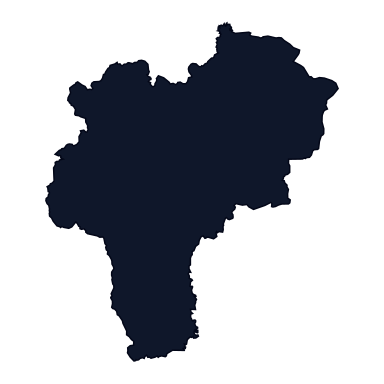 Saba Yoi, Songkhla, Thailand
{"feature_id": "78962969B77762889714040", "entity_name": "Saba Yoi", "entity_type": "district", "adm_level": 2, "iso_a3": "THA", "parent_name": "Thailand", "parent_adm1": "Songkhla", "projection": "albers", "projection_center": [100.916, 6.501], "detail": "fine", "context": "isolated", "style": "filled", "palette": "ink", "viewbox_px": 384, "rotation_deg": 0, "n_neighbors": 0, "source": "geoboundaries", "source_scale": "gbopen_adm2", "svg_char_len": 5848}
<svg xmlns="http://www.w3.org/2000/svg" viewBox="0 0 384 384"><path d="M281.9,204.0L288.5,203.9L289.8,202.8L290.2,199.9L287.7,198.1L287.6,193.7L288.4,189.4L286.9,186.9L287.0,185.1L284.8,182.9L284.2,180.7L282.3,180.3L283.3,178.6L283.6,176.7L284.6,176.2L285.1,175.0L287.6,174.3L289.7,172.4L289.7,165.8L288.5,163.5L288.6,159.2L302.4,159.0L304.3,158.1L305.4,158.5L306.6,157.6L309.5,157.3L311.4,155.0L312.6,151.0L314.1,149.7L317.6,149.4L318.6,148.6L319.4,141.5L321.2,135.9L323.0,134.7L323.7,133.6L323.8,128.8L322.0,122.0L322.1,116.9L322.3,115.0L323.6,111.4L324.9,110.1L327.4,109.0L325.6,105.0L326.5,103.1L326.6,100.6L327.2,99.6L332.8,95.2L338.1,88.6L335.8,83.2L331.8,80.6L324.4,78.1L319.4,77.6L315.6,78.8L313.3,78.8L311.1,76.7L309.2,76.9L303.5,67.5L300.7,65.5L293.2,61.5L298.1,54.8L299.0,53.2L299.6,50.1L293.3,47.6L289.8,44.2L284.1,40.5L281.4,37.9L278.9,37.6L276.0,38.0L267.9,36.1L263.1,36.8L263.2,37.4L260.4,38.0L258.4,37.1L251.5,36.1L249.6,34.9L250.7,33.1L248.9,32.2L235.2,33.4L231.6,31.7L231.5,31.0L232.4,30.6L231.5,29.2L230.4,29.1L230.6,30.2L230.1,30.3L229.6,29.0L231.4,27.9L231.4,27.4L229.9,25.6L229.8,24.4L228.2,24.3L226.9,25.0L226.9,23.0L226.3,23.4L225.7,26.1L225.0,25.8L224.2,23.7L222.8,25.9L221.1,25.1L220.4,25.9L219.2,25.7L219.6,27.3L218.7,26.6L218.3,26.9L218.0,29.4L218.6,30.1L219.5,30.1L217.9,30.8L219.5,31.2L219.9,32.5L219.5,33.3L220.5,33.4L220.9,34.3L220.2,35.3L220.4,36.4L219.3,37.4L217.6,37.5L216.3,38.6L216.6,39.4L217.6,39.9L217.1,41.1L217.4,41.9L216.4,42.4L217.3,44.2L216.1,47.1L217.2,48.2L216.8,49.2L217.2,51.8L218.4,52.9L214.6,54.9L213.8,57.4L212.1,58.3L211.5,58.1L207.8,61.6L207.5,62.9L205.0,63.9L203.0,66.1L201.7,65.7L201.0,66.7L198.9,66.6L196.1,63.9L192.7,63.5L191.1,64.2L188.8,67.1L188.4,69.0L189.0,71.9L191.5,75.3L191.7,77.0L188.6,77.7L187.6,81.6L185.8,83.8L182.8,83.7L180.2,82.1L177.7,82.5L177.4,83.5L175.6,84.6L173.1,83.4L170.2,84.0L169.1,82.2L163.7,77.8L158.4,75.8L156.4,78.6L156.8,79.5L156.5,81.3L155.1,83.5L154.8,85.9L153.1,86.7L152.2,86.5L150.2,84.2L150.6,82.7L148.4,81.6L149.4,80.0L150.9,79.5L151.0,78.3L150.1,77.8L150.0,77.1L148.3,76.6L147.0,74.8L148.2,74.3L149.2,71.7L148.5,70.1L147.9,64.3L144.8,61.2L141.6,60.3L138.6,60.7L137.4,62.3L134.4,62.5L132.8,63.7L128.8,62.7L127.7,62.9L126.5,64.1L124.2,64.2L122.3,65.8L121.5,65.7L120.0,63.9L117.7,64.2L117.1,62.4L114.8,64.0L110.1,65.4L109.5,67.6L108.0,68.4L105.7,71.9L104.6,74.5L103.5,74.5L102.5,78.3L101.0,80.6L99.3,81.5L93.8,81.8L91.9,83.2L91.1,85.7L92.9,88.4L91.6,89.7L89.9,89.2L87.3,89.8L85.1,86.5L82.0,85.0L77.7,81.9L76.0,82.8L75.0,84.6L73.9,84.9L69.9,87.9L69.7,88.9L70.6,92.9L68.1,97.7L67.8,100.4L69.1,101.5L69.5,102.8L70.9,103.6L71.2,105.1L73.4,106.1L75.5,109.5L74.7,114.0L75.4,115.2L79.2,115.8L80.5,116.7L85.6,118.4L85.8,122.1L87.7,125.6L87.5,127.9L88.3,129.1L86.8,132.2L85.7,132.0L83.8,130.2L80.5,130.8L81.2,132.8L79.0,136.6L79.2,141.7L76.8,144.5L73.9,145.8L73.0,145.6L72.2,144.4L69.5,144.0L67.9,144.3L66.4,145.2L64.3,148.3L61.8,148.7L60.8,149.9L59.4,150.3L55.1,154.3L58.6,155.8L60.2,155.6L60.8,156.1L60.8,157.9L63.1,159.1L59.5,160.0L59.0,161.4L56.8,161.4L55.2,162.4L55.4,164.9L53.6,167.9L54.1,180.9L52.4,183.0L50.4,183.8L49.8,185.2L47.1,186.7L47.8,188.0L48.2,191.6L49.3,192.1L49.5,193.0L48.3,195.1L48.4,196.6L46.2,198.5L45.9,200.7L47.1,203.6L48.8,205.3L49.5,208.8L49.3,210.9L49.8,212.0L49.3,213.2L49.6,216.1L51.6,217.9L53.2,221.2L57.0,225.9L59.8,226.7L60.6,227.5L61.8,226.5L63.9,227.4L68.8,228.3L71.8,226.9L75.8,222.0L77.3,223.5L78.7,226.2L80.0,226.8L80.0,228.7L81.5,229.3L83.9,228.8L85.8,230.7L85.8,232.2L87.6,233.7L97.4,235.9L99.7,237.2L102.9,237.0L103.9,238.2L105.0,243.7L106.6,245.6L105.7,247.2L106.3,249.8L107.9,251.2L107.4,254.0L109.3,255.6L111.3,259.2L111.9,261.0L112.0,264.1L113.5,266.8L113.9,268.7L111.7,272.1L111.6,275.2L112.4,277.9L111.9,279.6L112.8,284.0L113.8,285.4L113.9,288.0L111.2,293.8L112.0,295.9L111.9,296.5L110.8,297.2L110.9,298.2L112.4,300.8L112.5,303.9L111.7,307.3L112.7,308.5L114.7,309.1L116.7,311.3L117.3,314.7L119.1,315.8L122.4,320.7L123.0,323.4L126.7,331.0L126.6,334.8L129.3,336.7L131.5,339.6L133.8,341.3L133.6,345.2L130.2,345.7L127.7,347.8L127.9,350.7L127.5,352.8L130.3,357.2L134.0,361.0L135.7,360.6L136.1,359.6L137.0,360.1L138.6,359.8L140.0,358.4L142.5,357.7L144.2,358.4L144.9,356.5L146.6,355.2L147.8,357.3L149.4,357.1L151.0,358.2L154.9,357.2L157.1,356.0L158.2,357.3L159.4,356.4L161.7,355.9L165.3,356.7L166.3,355.9L166.9,353.6L172.6,350.2L184.3,350.4L184.4,349.9L183.1,348.4L184.5,348.0L185.3,348.3L185.6,347.1L184.6,346.5L185.0,345.4L184.4,344.1L185.9,344.5L186.5,344.1L187.2,340.1L188.2,338.7L190.2,337.0L191.8,337.4L193.1,336.4L193.6,338.1L195.8,338.0L198.4,336.2L197.9,335.0L195.5,335.3L194.0,333.1L194.3,331.6L197.4,332.8L197.8,332.5L197.8,330.3L196.8,330.1L196.0,330.7L194.8,330.0L197.7,328.0L197.5,327.2L196.0,326.7L194.6,323.8L195.6,322.0L195.7,320.8L195.3,320.2L194.0,320.0L193.1,320.9L192.4,320.8L190.6,317.2L190.7,314.2L192.6,313.5L190.9,311.9L190.5,309.3L195.5,309.5L194.7,305.1L195.6,302.6L195.6,301.1L196.5,299.4L194.4,296.4L195.9,296.3L195.6,295.3L193.3,294.4L192.1,292.9L191.5,290.1L192.6,286.9L192.0,286.2L190.5,286.7L190.0,286.2L190.6,281.8L192.4,280.3L191.7,279.3L189.3,278.4L189.3,275.9L188.2,273.7L189.2,272.1L190.7,272.3L189.0,268.7L189.0,266.0L190.4,264.9L190.4,258.2L191.1,256.0L192.2,254.7L192.1,251.6L193.9,250.7L195.6,246.4L198.6,244.0L199.2,240.4L201.0,236.9L203.1,235.8L204.9,238.3L205.9,238.1L206.5,237.4L208.2,237.2L213.6,238.8L216.8,236.5L216.0,233.0L216.5,231.6L217.4,232.7L218.9,231.6L222.6,232.1L223.2,229.8L223.0,226.5L223.6,225.4L223.3,223.9L225.4,218.2L226.5,217.6L227.7,219.0L229.3,219.6L232.7,218.3L233.1,217.2L232.9,214.7L232.0,213.4L231.9,211.7L234.7,209.1L235.3,207.1L234.0,205.7L235.8,203.6L242.4,205.1L246.9,204.5L248.8,206.8L253.5,209.4L264.9,205.4L270.8,202.4L271.9,203.4L271.6,206.6L272.9,207.0L275.5,206.5L278.5,205.0L281.9,204.0Z" fill="#0f172a" stroke="#020617" stroke-width="1.5"/></svg>